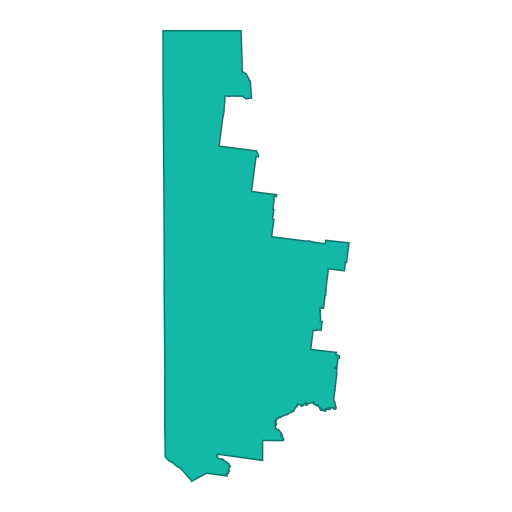 the district of West Wimmera, Victoria, Australia
{"feature_id": "25037944B702157588032", "entity_name": "West Wimmera", "entity_type": "district", "adm_level": 2, "iso_a3": "AUS", "parent_name": "Australia", "parent_adm1": "Victoria", "projection": "mercator", "projection_center": [141.548, -36.599], "detail": "fine", "context": "isolated", "style": "filled", "palette": "teal", "viewbox_px": 512, "rotation_deg": 0, "n_neighbors": 0, "source": "geoboundaries", "source_scale": "gbopen_adm2", "svg_char_len": 5906}
<svg xmlns="http://www.w3.org/2000/svg" viewBox="0 0 512 512"><path d="M262.6,460.5L262.6,440.5L283.9,440.6L283.7,440.5L283.6,440.2L283.6,439.5L283.3,439.2L283.5,438.8L283.3,438.8L283.1,438.9L282.5,438.6L282.5,438.0L282.5,437.8L282.8,437.3L282.7,437.0L282.3,436.9L282.2,436.5L281.1,436.2L281.3,435.5L281.5,435.5L281.8,435.6L282.0,435.4L282.2,434.6L281.6,434.3L281.5,433.7L281.2,433.1L280.8,432.9L280.7,432.3L280.1,431.9L279.9,431.4L279.6,431.1L279.5,430.7L278.9,430.7L278.5,430.5L278.4,429.9L278.2,429.5L276.9,429.6L276.8,429.3L276.2,428.8L276.1,428.6L275.5,428.1L275.7,427.8L275.6,427.6L275.2,427.1L275.0,426.9L275.3,426.2L275.1,426.0L276.3,425.1L276.5,424.7L276.4,424.4L276.5,424.0L276.1,423.7L275.9,423.6L275.8,423.8L275.8,424.3L275.6,424.5L275.3,424.4L275.0,423.9L275.3,423.1L275.3,422.5L276.2,421.9L276.4,421.6L276.3,421.0L276.2,420.9L275.7,420.7L275.3,420.8L275.4,420.2L275.6,419.7L276.1,419.3L276.3,419.2L276.7,419.5L277.2,419.2L277.8,418.6L278.4,418.1L278.8,417.7L278.9,417.1L279.3,417.1L279.5,417.6L280.5,417.4L280.8,417.3L280.8,417.0L281.1,416.8L282.0,416.5L282.3,416.2L283.3,415.6L284.1,415.7L284.5,415.3L285.6,414.7L286.1,415.0L286.6,415.0L286.8,414.8L287.9,414.1L288.1,413.9L288.3,413.9L289.3,413.0L290.1,412.7L290.5,412.4L291.3,412.4L291.5,411.7L291.8,411.9L292.4,411.5L293.4,411.3L293.4,411.1L293.7,410.7L294.0,410.7L294.0,409.8L295.0,408.7L295.1,408.1L295.3,408.0L295.3,407.8L295.5,407.4L296.0,407.0L296.3,407.0L296.3,406.8L296.4,406.7L296.9,406.6L297.2,406.3L297.2,406.1L297.0,405.7L297.3,405.7L297.5,405.5L297.6,405.3L297.4,405.1L297.5,404.8L297.4,404.5L297.8,404.1L298.2,404.1L299.0,404.5L299.7,404.6L300.4,404.9L301.1,405.4L301.1,405.6L300.9,405.6L301.4,406.1L301.4,406.3L301.6,406.3L301.8,406.2L301.7,405.4L302.0,404.9L302.4,404.8L302.8,405.4L303.1,405.6L303.6,405.2L304.7,403.1L305.2,402.5L305.4,402.6L305.5,402.8L305.5,403.5L305.5,404.5L305.7,404.9L306.4,405.2L306.9,405.3L307.1,405.0L307.2,404.6L306.9,404.1L306.9,403.8L307.0,403.6L307.8,403.9L308.1,403.6L308.9,403.5L309.2,403.3L309.8,403.4L310.3,403.2L310.8,402.8L311.4,402.9L311.9,402.7L312.8,402.6L313.0,402.5L313.5,401.8L313.8,401.7L313.9,402.2L313.8,402.3L313.5,402.8L313.2,402.9L313.0,403.1L313.4,403.3L313.6,403.7L313.6,404.1L314.5,404.3L314.9,404.1L315.5,404.3L315.8,404.5L315.7,404.7L315.9,405.0L316.3,405.6L316.6,405.5L316.8,405.0L317.0,404.9L317.3,405.3L317.1,405.6L317.4,405.9L317.6,405.9L317.8,405.2L318.1,405.1L318.4,406.0L319.4,407.6L319.7,407.9L320.1,407.7L320.3,407.8L320.2,408.1L319.8,408.4L319.8,408.6L320.0,408.8L320.1,409.2L320.2,409.4L321.0,409.3L320.8,409.7L320.9,410.3L321.4,410.4L322.6,410.0L322.9,410.1L323.0,410.2L323.0,410.4L323.2,410.5L323.4,410.7L323.6,410.6L323.5,410.3L323.7,410.1L324.2,410.3L324.3,410.8L324.9,411.3L325.4,411.1L325.5,410.8L325.6,410.1L325.5,409.9L325.9,409.7L326.4,409.7L326.4,409.4L326.3,409.2L325.9,409.4L325.6,409.4L325.9,408.8L326.4,408.6L327.1,409.1L327.7,409.2L328.0,409.5L328.9,409.5L329.0,409.3L329.0,408.8L328.8,408.6L328.5,408.5L328.5,408.3L328.3,408.2L328.3,407.9L328.6,407.7L329.1,407.8L329.6,407.4L329.8,407.6L329.7,407.9L329.9,408.0L329.7,408.6L330.2,408.6L330.5,408.9L330.5,408.3L330.8,407.9L330.9,407.4L331.0,407.3L331.2,407.5L332.4,407.7L332.7,408.0L333.1,407.7L333.4,408.1L333.5,408.5L334.0,408.5L334.1,409.0L334.9,408.9L335.3,409.3L335.8,409.1L335.6,408.5L335.0,408.3L335.1,407.4L335.4,407.1L335.6,407.2L335.9,408.3L336.1,408.0L335.7,406.7L336.0,406.5L335.9,406.3L335.5,406.0L335.2,405.0L335.2,404.3L334.8,403.6L335.0,402.7L334.7,401.5L333.6,400.8L334.6,391.8L334.7,391.3L334.9,391.1L335.0,390.3L335.3,389.7L335.0,388.8L335.0,388.5L336.9,373.2L336.3,373.2L336.9,368.6L334.7,368.4L335.0,367.0L336.9,367.2L338.0,358.1L339.1,358.2L339.3,355.9L337.9,355.7L338.0,355.2L336.7,355.1L335.4,353.7L336.6,352.5L336.6,352.4L310.7,349.4L313.1,330.2L316.2,330.6L316.3,329.7L321.1,330.3L322.2,321.5L320.3,321.2L320.6,318.9L320.2,312.8L320.4,310.5L319.8,310.4L320.1,307.9L323.5,308.3L325.1,294.8L325.6,295.0L326.1,290.3L325.7,290.3L328.4,268.8L344.4,270.8L345.4,262.4L346.5,262.6L349.0,242.9L325.8,240.3L325.4,243.8L315.1,242.4L309.1,241.0L305.6,241.1L271.6,236.7L273.9,219.4L272.5,219.2L273.8,209.4L272.9,209.3L274.1,199.9L273.8,199.8L274.3,196.3L276.3,196.6L276.6,194.7L257.0,192.2L255.6,191.9L255.6,192.0L251.5,191.4L256.0,156.6L258.4,156.9L258.5,155.0L257.2,152.7L256.6,152.4L256.7,151.0L219.1,146.1L222.8,117.7L223.8,113.4L224.6,102.8L225.0,95.9L226.2,96.1L227.5,96.1L228.5,96.4L230.2,96.4L231.4,95.9L232.7,95.9L233.6,96.1L242.3,96.1L243.0,96.4L245.9,98.9L251.5,98.0L250.4,81.9L246.1,73.8L245.7,73.7L243.3,72.0L242.2,71.8L242.1,61.8L241.1,32.4L241.1,30.7L163.0,30.7L163.2,95.7L164.0,195.4L164.3,272.2L164.2,290.5L164.9,370.8L164.8,408.8L164.9,412.6L164.9,414.4L164.8,422.2L164.7,422.2L165.1,443.9L165.2,456.8L169.2,461.0L169.6,461.2L171.7,461.9L175.9,465.6L180.7,468.4L191.1,480.1L191.6,481.3L206.6,473.2L220.0,475.0L227.0,476.0L227.0,475.5L226.8,475.4L226.7,475.6L226.5,475.3L226.1,475.2L225.9,475.0L225.9,474.3L226.3,473.7L226.1,473.6L226.6,473.6L226.7,473.9L226.9,473.8L227.0,474.1L227.5,474.0L227.5,473.5L227.7,474.0L228.0,473.8L228.1,473.6L228.1,473.1L228.2,472.9L228.2,472.5L228.5,472.6L228.6,472.4L228.6,472.1L228.4,471.9L228.4,471.7L229.3,471.2L229.0,470.9L228.8,470.8L228.7,470.9L228.5,470.7L228.5,470.4L228.9,470.4L228.9,470.1L229.1,469.8L228.6,468.7L229.6,467.2L230.1,466.8L230.5,466.7L230.2,466.1L228.8,465.9L228.7,465.7L228.7,465.4L229.0,465.0L229.1,464.5L229.2,464.3L229.2,464.0L228.6,463.7L228.3,463.3L227.5,463.2L226.5,461.8L225.8,461.5L224.9,461.5L224.4,461.0L224.2,461.0L223.9,460.4L224.0,460.1L223.7,459.7L223.4,459.6L223.0,459.9L222.7,459.8L222.6,459.7L222.5,459.3L222.4,459.0L221.5,458.8L221.2,458.8L220.3,459.2L217.8,458.4L217.6,458.1L217.7,457.8L217.8,457.6L217.7,457.3L217.3,456.9L217.6,456.4L217.2,456.2L217.4,455.4L217.0,455.2L217.2,454.8L217.5,455.0L217.6,454.9L217.9,454.2L262.6,460.5Z" fill="#14b8a6" stroke="#0f766e" stroke-width="1.5"/></svg>